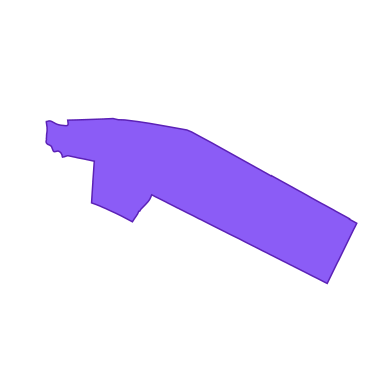 Suditi, Ialomita, Romania (Mercator projection), rotated 296°
{"feature_id": "2599482B50390168033912", "entity_name": "Suditi", "entity_type": "district", "adm_level": 2, "iso_a3": "ROU", "parent_name": "Romania", "parent_adm1": "Ialomita", "projection": "mercator", "projection_center": [27.583, 44.543], "detail": "fine", "context": "isolated", "style": "filled", "palette": "violet", "viewbox_px": 384, "rotation_deg": 296, "n_neighbors": 0, "source": "geoboundaries", "source_scale": "gbopen_adm2", "svg_char_len": 2962}
<svg xmlns="http://www.w3.org/2000/svg" viewBox="0 0 384 384"><g transform="rotate(296 192 192)"><path d="M236.1,353.8L236.1,353.6L236.2,352.9L236.2,352.2L236.3,350.3L236.4,347.7L236.5,346.1L236.5,345.4L236.9,345.4L237.0,345.4L237.3,339.4L237.5,334.6L237.7,330.2L237.7,329.7L237.9,327.7L238.0,325.7L238.1,323.4L238.4,316.9L238.5,313.4L238.8,307.6L239.1,301.8L239.5,296.0L240.1,283.7L240.6,274.4L240.9,268.2L241.5,256.2L241.1,256.2L242.1,238.4L244.0,203.6L244.2,199.8L244.6,192.5L244.8,189.4L244.9,187.1L245.0,184.4L245.4,174.4L245.8,165.8L245.8,165.2L245.5,160.2L239.6,139.4L235.1,123.8L231.6,112.6L227.3,100.0L226.1,97.3L225.1,95.1L224.8,94.5L224.5,93.5L223.5,89.3L223.5,89.0L219.3,81.3L219.0,80.8L206.4,57.1L202.1,48.8L201.8,49.0L199.3,50.6L198.8,50.9L198.4,51.0L197.8,51.0L197.3,50.9L197.0,50.6L196.5,50.0L196.1,49.1L195.5,47.4L194.6,45.0L194.5,44.7L194.0,42.7L193.9,42.0L193.7,40.7L193.7,38.9L193.8,37.5L193.8,36.7L193.9,35.5L193.8,33.9L193.5,32.9L192.9,31.9L192.1,31.1L191.5,30.2L190.8,30.5L189.8,31.2L186.4,33.5L185.5,33.9L184.6,34.4L183.5,34.9L181.6,35.6L180.8,35.8L179.5,36.3L178.8,36.6L177.5,37.2L176.9,37.4L176.1,37.7L175.6,38.1L174.9,38.3L174.1,38.5L173.4,38.7L172.8,39.1L172.3,39.6L172.0,40.2L171.7,41.0L171.6,41.8L171.7,42.6L171.7,43.3L171.7,44.0L171.5,44.8L171.5,45.3L171.3,45.7L170.9,46.2L170.2,46.9L169.7,47.5L169.0,48.2L168.7,48.6L168.1,49.3L167.9,49.7L167.8,50.5L168.3,51.3L168.9,52.1L169.6,52.9L170.1,53.7L170.2,54.6L170.1,55.6L169.8,56.8L169.0,58.0L168.2,59.0L167.2,59.7L166.6,60.3L167.7,61.8L169.5,63.6L170.0,64.2L170.3,64.8L171.2,68.3L171.6,70.0L172.1,71.8L172.3,72.8L172.6,74.2L174.0,79.3L174.7,81.9L174.9,82.9L175.6,85.6L176.1,87.7L176.6,89.7L176.9,90.7L174.8,91.5L157.5,98.5L156.8,98.9L155.9,99.2L149.3,101.9L138.2,106.5L138.8,112.1L138.8,112.5L139.0,115.0L139.1,118.4L139.3,121.7L139.3,123.9L139.4,128.8L139.5,132.5L139.5,133.5L139.5,136.7L139.5,139.0L139.1,151.5L142.5,151.9L143.2,152.0L145.8,152.4L146.5,152.5L147.6,152.6L148.0,152.7L149.4,152.7L151.3,152.6L151.9,153.4L154.1,153.6L160.4,155.7L163.9,156.7L166.0,157.1L166.9,157.2L169.1,157.2L171.8,157.0L171.8,159.1L171.7,161.0L171.7,164.1L171.6,172.6L171.5,175.0L171.4,182.8L171.3,186.0L171.4,187.0L171.3,188.5L171.3,191.9L171.2,196.2L171.2,198.6L171.2,201.0L171.2,203.6L171.0,209.9L171.1,212.4L171.0,216.0L170.9,222.0L170.8,229.3L170.7,238.0L170.6,243.8L170.6,249.0L170.6,253.3L170.6,255.3L170.4,261.8L170.3,269.6L170.2,277.4L170.1,281.1L170.1,282.9L170.1,286.4L170.0,289.4L170.0,293.0L169.9,297.8L169.9,299.4L169.8,304.0L169.8,307.2L169.7,311.7L169.6,320.5L169.5,326.8L169.3,337.5L169.3,342.1L169.2,346.9L169.1,350.8L169.1,352.1L169.1,353.6L174.0,353.6L177.6,353.6L182.4,353.6L185.3,353.6L189.6,353.6L192.3,353.6L195.1,353.7L201.7,353.7L203.8,353.7L207.4,353.7L212.0,353.7L214.0,353.7L215.6,353.7L217.0,353.7L218.3,353.7L221.0,353.7L223.3,353.7L224.4,353.7L227.1,353.7L229.5,353.7L232.3,353.8L233.2,353.8L236.1,353.8Z" fill="#8b5cf6" stroke="#5b21b6" stroke-width="1.5"/></g></svg>